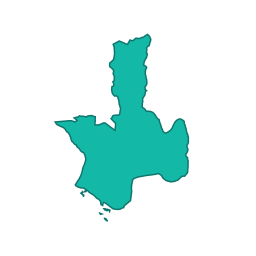 Bacuri, Maranhão, Brazil (Mercator projection), rotated 289°
{"feature_id": "56859067B92290832545196", "entity_name": "Bacuri", "entity_type": "district", "adm_level": 2, "iso_a3": "BRA", "parent_name": "Brazil", "parent_adm1": "Maranhão", "projection": "mercator", "projection_center": [-45.171, -1.677], "detail": "fine", "context": "isolated", "style": "filled", "palette": "teal", "viewbox_px": 256, "rotation_deg": 289, "n_neighbors": 0, "source": "geoboundaries", "source_scale": "gbopen_adm2", "svg_char_len": 4143}
<svg xmlns="http://www.w3.org/2000/svg" viewBox="0 0 256 256"><g transform="rotate(289 128 128)"><path d="M110.0,57.2L108.8,58.6L108.1,60.0L107.9,61.5L107.6,63.8L107.5,65.5L107.3,66.9L106.7,68.6L106.0,69.5L104.6,71.2L104.2,72.3L103.9,73.5L102.9,74.4L102.2,75.4L101.3,75.9L100.4,76.9L99.2,77.5L98.3,78.3L97.1,79.3L96.6,80.8L95.7,82.0L95.1,83.3L95.2,84.8L93.8,85.6L93.1,87.1L92.9,88.2L92.3,89.1L91.2,90.3L90.4,92.0L90.3,93.9L89.4,95.0L88.5,96.0L87.0,96.9L85.9,97.6L84.8,98.2L82.9,98.5L81.4,98.6L79.7,98.6L76.6,98.4L74.9,98.4L73.7,98.5L72.4,98.8L70.6,98.9L69.0,98.9L67.3,98.9L65.2,98.5L63.3,98.3L61.7,97.7L60.2,97.4L58.3,97.0L57.1,96.7L56.4,97.7L56.0,99.4L56.0,101.4L56.0,102.7L56.6,104.8L56.6,106.5L56.2,107.7L55.4,108.6L55.8,110.0L55.0,111.5L54.4,112.6L54.1,114.2L53.6,116.0L53.4,117.6L52.4,119.4L51.3,121.6L51.3,122.7L50.8,124.0L49.9,125.7L48.4,126.6L46.8,127.3L46.5,129.3L48.3,128.9L49.8,129.2L49.7,130.7L49.3,132.2L48.7,134.2L48.1,135.8L47.7,137.1L47.3,138.3L46.7,140.3L47.1,142.3L47.3,143.4L47.8,145.1L48.7,147.0L49.8,148.0L50.6,148.7L51.3,149.9L53.3,149.8L60.1,154.0L63.2,153.4L69.4,152.1L72.2,150.8L75.4,150.0L80.7,149.3L82.3,150.2L84.9,153.4L88.9,160.4L91.2,165.2L92.7,168.1L94.9,171.8L94.0,175.2L92.1,177.2L90.7,181.2L91.0,186.1L92.8,189.5L95.1,192.2L96.8,193.1L98.7,194.1L100.2,195.2L100.9,197.3L105.1,198.8L111.1,197.3L116.8,195.4L117.9,194.3L119.3,194.1L120.1,192.1L122.1,191.2L123.7,191.7L126.1,191.9L127.3,191.6L128.3,190.8L129.2,190.0L130.8,189.4L132.5,189.8L134.5,189.7L135.7,189.1L137.8,188.5L139.6,187.7L140.6,186.9L142.0,186.0L143.1,184.8L144.8,184.0L146.0,183.3L147.6,182.1L149.8,180.6L150.8,179.6L152.5,179.0L153.0,178.0L153.3,176.9L153.6,175.3L153.3,173.6L151.4,171.7L149.5,170.7L147.7,170.3L144.7,169.9L141.5,169.6L139.3,168.7L137.7,167.5L135.7,165.8L135.3,164.3L136.1,162.3L137.8,161.0L138.6,160.0L141.7,157.8L143.6,156.2L146.1,154.6L146.6,152.6L147.7,151.2L149.0,149.6L150.0,148.1L150.5,147.2L150.9,145.5L150.9,143.4L150.5,141.9L150.0,140.6L150.1,139.3L151.1,138.2L151.8,136.7L152.1,135.1L153.3,134.2L155.0,133.9L156.1,133.5L157.7,133.4L159.5,132.6L160.7,132.3L162.4,132.6L164.4,133.2L166.6,132.9L168.3,132.6L169.4,133.4L169.9,131.8L171.2,131.1L172.4,130.7L173.7,131.1L175.1,131.5L176.9,131.1L178.2,130.6L179.9,129.8L181.3,128.7L182.8,128.1L184.1,127.1L186.0,126.2L187.9,125.9L189.6,125.6L190.6,126.0L191.7,125.7L192.3,124.1L192.5,122.4L194.3,122.0L195.8,121.8L199.2,122.1L200.3,122.6L201.5,122.5L202.9,122.4L204.4,122.1L204.8,121.1L208.4,120.2L210.0,119.6L211.6,120.1L212.7,121.2L215.8,120.9L217.4,121.0L219.4,120.6L221.3,118.8L222.2,117.6L222.8,115.9L220.7,114.2L218.7,113.0L218.3,111.7L216.3,109.8L215.5,106.2L213.4,105.0L212.0,104.1L211.8,101.2L206.8,100.3L207.4,91.4L202.3,86.7L200.2,88.5L193.7,91.2L188.2,92.1L186.0,91.1L183.5,89.6L181.2,90.2L179.8,91.2L179.2,93.3L178.1,95.1L177.4,96.0L176.3,96.0L174.4,96.3L173.2,97.6L171.9,98.5L170.2,98.9L168.3,99.5L166.8,98.6L165.7,99.6L164.7,100.4L163.2,100.7L162.0,99.4L160.8,99.6L159.2,100.0L158.1,100.4L157.3,101.1L156.2,101.5L155.2,102.6L154.5,103.5L153.8,105.0L154.4,106.0L154.6,107.1L153.8,108.4L152.3,109.3L150.9,110.4L149.3,111.2L147.6,111.9L146.5,112.9L145.3,113.6L144.4,114.5L142.3,114.9L138.1,115.7L137.3,115.0L136.6,113.3L136.0,112.0L135.2,110.2L133.9,109.5L132.3,109.5L131.3,108.9L128.2,114.9L122.8,116.2L121.5,116.5L125.3,104.6L124.5,102.6L123.2,101.7L122.5,100.6L121.6,99.6L121.0,98.4L120.6,97.1L120.1,96.0L121.1,95.4L122.5,95.0L124.4,94.6L125.5,94.0L126.7,93.8L128.0,93.4L127.8,91.6L128.0,89.8L127.2,88.0L126.5,86.5L125.9,85.6L124.9,85.1L124.7,83.5L124.5,81.7L124.1,80.5L123.8,79.5L123.7,78.1L121.8,77.1L121.5,75.9L120.0,73.8L119.3,75.8L118.7,77.4L117.7,76.8L116.4,75.7L116.5,74.2L116.4,72.0L115.8,70.2L110.0,57.2ZM44.4,136.4L44.3,135.2L44.1,134.0L44.2,132.5L43.8,131.5L43.0,132.8L43.0,135.2L44.4,136.4ZM35.0,136.6L35.0,134.7L33.9,136.7L33.2,139.1L35.0,136.6ZM50.3,106.9L51.3,105.8L52.5,105.5L51.0,104.7L50.3,106.9ZM55.4,108.6L53.4,107.4L54.3,109.0L55.4,108.6ZM50.3,106.9L48.6,108.4L50.2,108.0L50.3,106.9ZM38.3,129.2L37.4,130.0L38.2,131.2L38.3,129.2ZM44.4,136.4L43.1,137.8L44.3,137.7L44.4,136.4Z" fill="#14b8a6" stroke="#0f766e" stroke-width="1.5"/></g></svg>